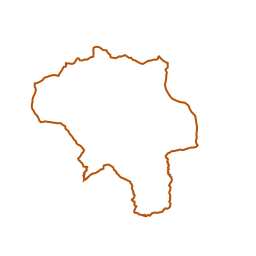 outline of Pijao, Quindío, Colombia, rotated 236°
{"feature_id": "7082276B22277763183107", "entity_name": "Pijao", "entity_type": "district", "adm_level": 2, "iso_a3": "COL", "parent_name": "Colombia", "parent_adm1": "Quindío", "projection": "orthographic", "projection_center": [-75.71, 4.302], "detail": "fine", "context": "isolated", "style": "outline", "palette": "amber", "viewbox_px": 256, "rotation_deg": 236, "n_neighbors": 0, "source": "geoboundaries", "source_scale": "gbopen_adm2", "svg_char_len": 5658}
<svg xmlns="http://www.w3.org/2000/svg" viewBox="0 0 256 256"><g transform="rotate(236 128 128)"><path d="M109.3,62.3L109.3,63.1L109.1,63.5L109.2,64.2L109.1,66.1L109.7,67.1L109.5,68.0L109.9,69.1L110.2,71.1L109.8,72.4L110.1,73.2L109.2,74.9L108.7,76.3L108.6,77.6L108.8,78.5L108.5,79.9L109.0,82.1L108.1,83.6L108.0,84.5L108.0,84.9L109.4,85.9L110.1,86.6L110.4,87.3L109.6,88.8L109.4,90.1L108.3,91.6L107.3,92.2L105.5,92.9L104.7,93.4L103.9,93.6L103.0,93.6L101.5,93.0L101.0,93.0L100.4,93.4L99.1,93.5L98.0,93.8L97.6,93.7L97.2,93.2L95.9,93.6L95.3,93.6L94.8,93.9L92.1,94.1L91.2,94.7L90.5,94.7L90.1,94.9L89.5,95.6L89.0,96.0L88.6,96.3L88.0,96.3L87.7,96.7L87.1,96.9L86.5,97.6L85.8,97.7L85.4,98.0L82.5,99.7L82.0,99.8L81.0,99.3L79.2,99.5L77.2,99.0L76.9,98.6L76.2,97.7L75.7,97.4L74.5,97.2L73.6,96.9L72.2,96.9L71.7,96.6L71.1,96.0L70.4,95.7L69.5,96.1L68.8,95.8L68.3,95.8L68.1,95.6L67.9,95.0L67.0,94.3L66.8,94.0L66.4,92.7L66.6,92.2L66.7,91.5L66.6,91.2L66.0,90.9L64.1,91.4L63.8,92.0L63.6,92.2L62.7,92.0L61.0,90.5L60.4,90.3L59.6,90.5L58.4,91.2L57.7,89.7L56.5,87.9L55.6,86.6L54.9,86.1L54.1,86.3L53.6,86.6L52.7,87.8L52.0,88.4L51.5,88.6L50.4,88.6L49.4,89.8L46.5,92.1L47.0,92.6L46.8,93.1L46.4,92.8L45.7,93.4L45.3,93.4L46.3,92.5L45.9,92.6L45.3,93.0L45.0,93.9L45.0,94.7L44.9,95.4L44.6,96.1L44.2,96.4L43.2,96.8L43.0,97.4L43.9,99.6L43.3,102.1L43.0,102.9L42.4,103.4L41.7,104.1L41.4,104.7L40.0,107.9L39.5,109.5L39.4,110.3L40.0,111.1L40.3,112.0L40.2,112.4L40.7,113.6L40.6,113.9L39.7,114.6L39.2,115.2L39.1,115.6L38.9,117.6L39.0,118.3L39.4,118.9L40.2,119.2L41.0,120.7L41.3,120.9L42.0,121.1L43.2,120.9L43.7,121.0L44.1,121.3L44.8,122.8L45.1,123.1L46.4,123.3L47.1,124.5L49.1,125.5L51.1,125.9L51.7,126.3L53.0,128.2L54.6,129.7L55.6,130.2L56.8,129.9L57.5,129.9L57.7,130.8L58.5,131.8L59.2,133.8L59.5,134.3L60.7,135.5L61.9,135.8L62.8,136.4L64.6,135.8L65.4,136.7L66.5,135.7L67.0,135.7L67.5,136.2L68.1,136.0L68.5,136.0L68.7,136.8L69.3,137.0L70.2,137.2L70.8,137.5L71.0,137.9L71.1,138.8L71.9,138.7L73.1,139.1L73.2,139.3L73.3,140.2L73.8,140.5L74.5,141.2L74.8,141.2L75.6,140.9L76.0,141.5L76.8,141.8L77.6,141.5L77.9,141.5L79.4,143.3L80.3,143.7L80.8,143.7L81.3,143.1L81.6,143.0L83.6,143.5L83.8,143.7L83.9,144.4L84.3,144.9L84.2,145.5L84.7,146.7L84.7,147.3L84.2,149.1L84.4,150.8L84.0,152.0L83.6,152.3L83.4,153.0L82.8,153.8L82.4,155.6L81.8,156.5L81.0,159.3L79.5,160.5L79.1,161.1L78.5,162.5L78.2,164.2L77.9,164.8L77.8,165.7L77.6,166.2L77.4,166.9L76.2,170.1L75.3,171.0L75.2,171.5L74.5,172.9L74.3,173.6L74.3,174.3L74.6,175.4L74.6,176.0L76.3,176.0L78.2,176.5L79.3,177.0L80.9,178.9L81.3,179.3L85.3,181.8L87.8,184.1L90.2,185.7L100.4,190.5L101.8,190.4L105.7,189.6L108.8,189.8L110.5,190.0L111.4,190.5L113.2,190.6L116.4,189.5L116.8,189.5L118.2,188.3L118.4,187.6L119.6,186.6L121.7,184.7L126.2,181.8L126.8,181.5L128.9,180.8L130.3,180.7L133.8,180.7L138.2,181.0L142.1,182.3L143.4,183.0L145.7,185.5L147.9,187.5L148.5,187.8L149.1,188.5L149.7,188.7L149.8,189.0L150.9,189.7L151.8,190.9L152.5,191.3L154.0,191.4L155.1,191.6L155.4,191.9L155.6,192.3L155.9,194.6L156.2,195.0L157.8,195.9L159.1,196.8L159.6,197.3L160.6,196.5L164.0,194.9L167.2,194.1L170.1,193.7L170.1,193.3L169.8,192.6L168.7,191.5L168.6,190.9L168.7,190.1L169.3,188.9L169.8,188.4L170.4,187.4L170.9,185.3L171.3,184.7L171.5,183.8L171.9,183.4L172.2,182.8L172.2,182.4L172.5,180.9L172.6,179.5L172.7,176.4L173.8,175.1L175.1,174.2L176.2,173.6L176.9,173.2L178.1,172.7L180.3,171.5L181.9,170.1L184.5,169.8L184.9,169.3L185.2,168.5L185.6,168.1L190.0,166.4L190.4,165.6L190.4,164.7L191.1,162.2L192.0,161.2L192.2,160.8L192.7,157.1L192.9,156.6L194.6,155.0L195.1,154.2L195.8,153.5L196.5,153.2L198.6,154.2L200.1,153.6L201.7,153.3L203.8,153.5L204.5,153.4L204.9,153.2L206.2,151.2L206.9,150.8L208.4,150.4L209.8,149.9L211.7,148.8L212.9,147.3L213.3,146.6L213.7,144.5L213.6,144.2L211.6,142.5L209.5,141.5L206.7,139.2L206.6,138.8L206.6,138.4L207.2,137.4L207.6,136.3L207.5,133.7L207.6,132.1L207.8,131.7L209.0,130.7L209.2,129.0L209.7,127.6L210.1,127.0L211.1,126.0L211.3,125.9L213.3,126.0L213.6,125.8L214.0,125.1L213.9,124.5L213.7,123.7L212.6,121.6L212.0,120.0L212.1,118.4L212.3,117.8L212.9,116.8L214.4,115.4L215.3,113.9L215.9,113.4L216.4,113.1L216.5,112.9L216.1,112.4L214.8,111.8L214.1,111.4L213.9,111.0L213.7,110.6L213.8,110.4L214.6,109.0L214.4,108.3L213.0,105.9L211.3,101.4L210.7,100.4L210.1,99.8L210.1,99.5L210.3,99.2L212.2,97.6L213.6,95.7L214.5,93.7L214.9,92.4L215.6,89.3L216.4,87.1L216.3,86.3L215.8,85.1L215.4,83.7L215.7,80.2L216.2,77.4L216.9,75.9L217.1,75.7L215.1,74.1L214.4,73.8L212.4,73.5L211.6,73.2L210.9,72.8L209.2,70.8L208.7,70.4L208.4,69.6L206.9,67.1L205.5,65.2L204.1,64.1L202.8,63.3L201.1,61.3L198.4,59.6L197.0,59.3L195.2,59.4L193.7,59.2L191.5,59.0L189.0,59.5L188.1,59.5L187.1,59.4L183.6,58.7L182.7,58.7L181.5,59.0L179.7,63.2L177.6,65.2L176.6,66.7L174.5,68.7L171.6,72.0L170.7,73.2L169.9,74.5L169.1,75.0L166.3,76.0L165.2,76.7L164.4,76.9L162.8,75.9L162.2,75.9L161.5,76.0L160.1,76.6L159.5,76.7L158.6,76.7L156.0,76.4L152.8,76.8L151.8,76.9L149.6,76.7L148.3,76.8L146.4,77.4L146.0,77.4L144.9,76.8L144.2,76.8L142.2,77.2L140.8,78.2L139.7,78.7L137.8,79.0L134.4,79.2L134.0,79.0L133.2,77.7L133.0,77.1L132.8,75.8L132.5,75.1L131.7,73.9L131.0,72.1L130.7,69.9L130.6,69.6L130.1,69.4L129.0,69.2L127.0,69.8L126.0,69.8L124.9,70.2L123.2,70.2L122.5,70.1L121.3,69.5L120.8,69.6L119.7,70.8L119.5,71.3L118.7,72.3L118.3,72.3L118.1,72.2L117.6,70.8L116.3,70.3L115.9,70.0L115.9,69.7L116.2,69.1L115.8,68.8L115.6,68.5L115.7,67.3L114.9,66.7L115.2,66.3L115.1,66.1L114.5,65.6L114.2,65.6L113.7,65.8L113.4,65.5L113.5,65.3L113.3,64.9L113.3,64.4L113.2,64.4L112.8,64.6L112.4,64.2L111.9,64.4L111.4,64.2L111.6,64.0L111.7,63.8L111.6,63.6L110.7,63.4L109.9,63.0L109.3,62.3Z" fill="none" stroke="#b45309" stroke-width="2"/></g></svg>